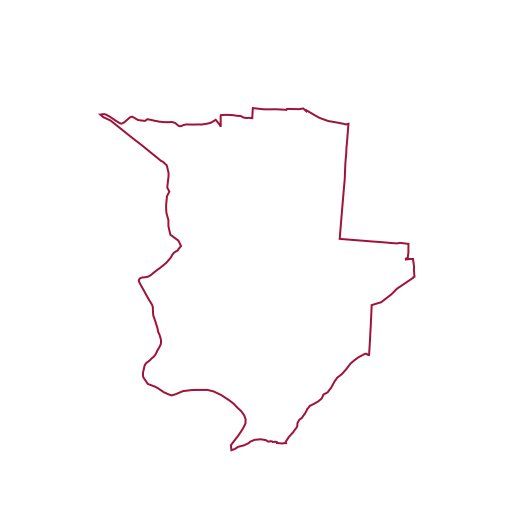 outline of Tlanepantla, Puebla, Mexico, rotated 250°
{"feature_id": "50627088B83068266269285", "entity_name": "Tlanepantla", "entity_type": "district", "adm_level": 2, "iso_a3": "MEX", "parent_name": "Mexico", "parent_adm1": "Puebla", "projection": "albers", "projection_center": [-97.882, 18.857], "detail": "fine", "context": "isolated", "style": "outline", "palette": "rose", "viewbox_px": 512, "rotation_deg": 250, "n_neighbors": 0, "source": "geoboundaries", "source_scale": "gbopen_adm2", "svg_char_len": 4528}
<svg xmlns="http://www.w3.org/2000/svg" viewBox="0 0 512 512"><g transform="rotate(250 256 256)"><path d="M180.6,108.6L172.8,110.6L170.6,113.1L167.5,116.7L167.1,117.0L165.3,118.6L159.5,122.8L156.0,126.4L153.9,128.9L153.6,133.3L154.0,141.2L152.1,149.4L150.7,153.7L146.7,164.7L143.2,169.9L137.3,175.7L129.1,181.8L124.6,184.6L120.3,186.4L115.1,189.1L110.3,190.4L106.2,190.4L102.2,188.8L99.3,185.8L96.6,182.5L93.1,177.6L91.7,175.4L87.0,168.0L86.8,167.7L84.0,167.0L81.9,166.5L81.9,170.1L82.8,173.9L82.2,179.8L82.6,184.8L83.5,187.1L83.7,192.0L82.1,197.9L79.6,202.3L77.9,203.5L77.2,204.4L77.1,206.0L76.4,207.5L75.3,208.3L74.9,210.6L74.1,211.9L73.1,211.7L72.1,213.9L70.9,216.3L70.7,217.7L70.3,219.0L69.9,220.2L71.1,220.2L74.7,224.9L77.7,230.7L79.0,232.4L80.5,234.9L81.9,236.5L83.4,237.2L84.6,237.7L85.6,238.7L86.7,239.9L87.4,241.0L88.0,243.2L88.1,243.6L89.9,246.1L91.2,248.1L93.0,250.2L94.9,252.1L95.3,253.2L96.8,255.3L96.8,256.2L96.8,256.3L97.0,257.6L97.2,259.8L98.1,264.8L99.6,269.0L102.7,271.9L103.4,276.7L106.5,281.5L111.1,286.7L113.9,290.8L115.6,296.2L118.7,302.0L122.5,307.8L124.4,312.9L125.8,317.7L126.8,325.0L126.3,326.5L125.1,327.0L124.3,328.4L137.2,334.0L141.9,336.0L142.9,336.4L149.2,339.1L149.8,339.4L154.4,341.3L155.0,341.5L160.1,343.7L170.3,347.9L169.8,356.9L169.7,357.7L173.7,370.2L176.9,376.9L177.3,378.2L177.9,380.7L180.8,392.4L181.8,396.2L182.3,396.7L182.3,397.8L189.8,399.9L190.2,400.1L191.3,400.7L193.4,401.2L199.5,402.5L200.8,398.9L201.4,395.8L202.3,396.0L202.4,398.0L207.6,400.6L207.8,400.7L208.6,400.9L215.2,403.4L219.1,395.9L219.2,395.3L219.2,395.1L219.6,392.8L222.1,387.2L224.1,383.0L226.8,377.1L230.2,369.5L233.1,363.2L243.1,341.3L243.5,340.5L272.8,354.0L285.3,359.8L297.5,365.5L312.1,371.5L316.1,373.3L321.3,375.8L322.9,376.4L324.6,377.1L326.4,377.9L328.2,378.7L330.0,379.6L333.7,381.3L335.4,382.1L335.8,382.3L336.3,382.5L337.3,382.9L339.0,383.7L339.5,383.9L340.9,384.6L343.0,385.5L345.1,386.5L348.6,388.1L348.8,385.7L350.8,382.6L352.8,379.3L355.1,375.4L358.0,370.2L363.5,363.6L365.3,361.8L375.7,353.1L375.0,352.7L378.5,350.8L378.6,350.3L379.3,346.4L380.0,344.8L381.9,339.8L383.1,336.8L383.6,335.4L382.9,334.6L385.4,328.9L386.1,327.2L387.4,324.1L389.3,318.5L390.5,315.3L391.5,312.8L396.1,303.6L386.8,299.6L387.2,298.8L387.6,297.7L388.3,296.6L388.6,295.6L388.7,294.9L389.0,294.1L389.5,293.1L390.2,292.0L390.8,291.2L391.5,290.6L392.4,289.9L392.8,289.4L393.2,288.6L393.5,287.7L393.9,286.9L394.3,286.0L394.8,285.1L395.4,284.0L396.2,282.6L396.8,281.2L397.3,280.1L397.8,278.8L398.3,277.6L398.9,276.0L399.3,274.9L399.9,272.8L400.4,271.1L399.0,270.4L389.5,267.1L391.9,266.7L393.2,266.3L397.3,264.9L397.8,264.7L397.4,263.1L397.0,261.0L396.7,259.4L396.8,257.8L397.0,255.8L397.3,254.1L397.6,252.8L398.0,250.6L398.2,249.8L398.3,249.3L398.8,248.2L399.5,246.3L400.1,244.6L400.7,242.7L401.2,241.4L401.8,239.8L402.7,237.5L403.5,235.3L403.7,233.9L403.8,232.4L403.7,230.4L403.8,229.3L404.2,228.5L404.8,227.8L405.6,227.3L407.9,226.0L408.4,225.7L410.3,223.5L411.0,222.1L411.1,221.7L411.5,219.9L412.2,218.1L412.8,216.6L413.4,214.9L414.3,213.3L414.7,212.4L415.3,211.0L415.8,210.3L416.5,209.2L417.1,208.2L417.6,207.1L418.3,206.2L419.3,204.7L420.4,202.9L421.7,200.7L420.9,197.9L423.7,192.4L424.2,191.6L429.3,187.3L429.4,185.1L426.6,177.7L426.4,175.8L426.4,175.0L426.6,174.4L427.4,173.4L428.6,172.5L431.3,170.3L434.6,168.0L437.2,166.0L440.1,163.5L441.2,162.0L441.6,160.9L441.8,159.7L442.0,158.4L442.1,158.1L440.2,159.1L438.6,160.1L433.0,165.7L408.5,180.6L400.7,185.6L394.3,189.5L388.5,192.9L383.3,196.1L377.8,199.3L376.4,200.8L371.8,203.1L370.2,203.0L364.2,202.3L361.1,201.2L350.7,196.0L346.2,196.6L342.4,192.6L340.1,191.6L336.6,189.9L333.4,188.5L329.5,187.2L326.6,186.5L319.8,186.0L314.0,183.9L305.2,182.8L304.4,183.4L299.9,186.4L297.1,188.3L291.0,189.0L288.7,185.0L287.9,184.3L287.7,182.3L287.1,179.9L286.4,178.8L285.5,177.3L284.5,176.4L283.4,175.0L282.8,173.8L281.8,172.2L281.7,171.9L280.4,169.6L279.1,166.1L277.5,161.3L276.6,158.1L275.2,153.8L274.1,150.9L273.5,148.1L273.7,145.6L274.1,144.0L274.6,142.3L274.8,140.7L274.6,139.0L273.3,137.6L271.7,137.3L267.4,137.9L261.9,138.8L253.4,140.1L248.9,141.0L245.9,141.6L243.4,141.6L240.6,140.7L237.5,139.7L235.0,139.1L231.1,139.1L225.8,138.9L221.8,138.7L218.1,138.1L215.3,138.4L212.9,138.3L209.7,138.0L207.6,137.3L205.9,136.5L204.7,135.4L203.0,133.6L200.7,130.7L198.9,129.1L197.5,127.4L196.3,125.4L195.4,122.8L194.4,120.8L193.7,118.8L193.1,116.6L192.1,114.9L191.2,113.9L189.4,112.7L187.3,111.4L185.2,110.0L183.0,109.1L180.6,108.6Z" fill="none" stroke="#9f1239" stroke-width="2"/></g></svg>